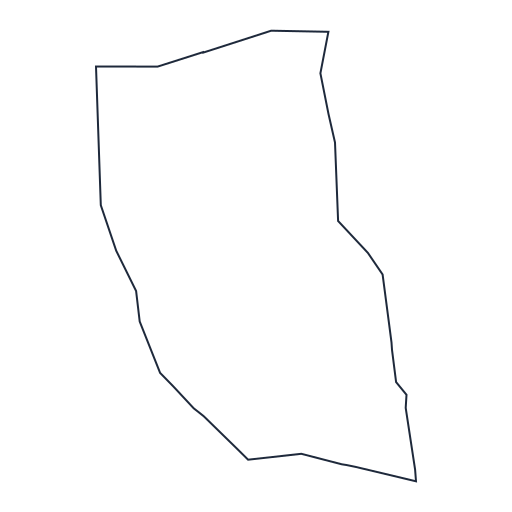 Delgercogt, Dundgovi, Mongolia (Mercator projection)
{"feature_id": "93677404B64983706769392", "entity_name": "Delgercogt", "entity_type": "district", "adm_level": 2, "iso_a3": "MNG", "parent_name": "Mongolia", "parent_adm1": "Dundgovi", "projection": "mercator", "projection_center": [106.308, 46.266], "detail": "fine", "context": "isolated", "style": "outline", "palette": "slate", "viewbox_px": 512, "rotation_deg": 0, "n_neighbors": 0, "source": "geoboundaries", "source_scale": "gbopen_adm2", "svg_char_len": 539}
<svg xmlns="http://www.w3.org/2000/svg" viewBox="0 0 512 512"><path d="M160.1,372.9L173.2,386.3L193.7,408.3L203.7,416.2L238.3,450.0L248.1,459.7L301.3,453.8L341.8,464.3L346.4,465.0L355.6,466.9L416.0,481.3L415.1,469.6L405.7,407.9L406.5,394.8L396.1,382.1L392.0,349.8L391.5,342.5L388.9,322.5L382.6,274.5L367.9,252.9L338.1,221.0L335.0,142.5L328.5,114.0L320.4,73.3L328.4,31.8L271.2,30.7L203.2,52.6L203.1,52.1L157.6,66.6L96.0,66.5L100.8,205.2L116.2,250.7L136.1,291.0L139.7,321.5L160.1,372.9Z" fill="none" stroke="#1e293b" stroke-width="2"/></svg>